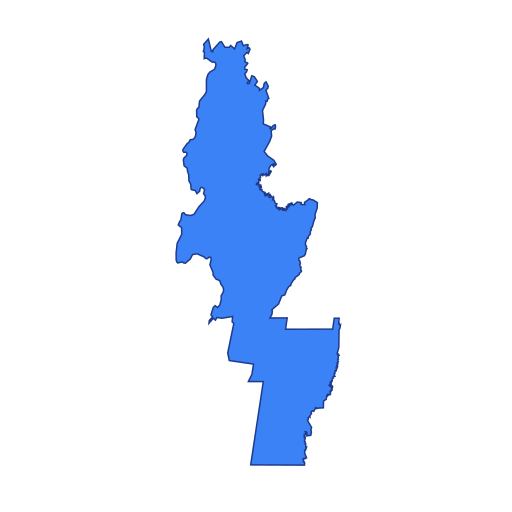 Kurmenes pag., Vecumnieku, Latvia, rotated 107°
{"feature_id": "27541924B36001401326835", "entity_name": "Kurmenes pag.", "entity_type": "district", "adm_level": 2, "iso_a3": "LVA", "parent_name": "Latvia", "parent_adm1": "Vecumnieku", "projection": "robinson", "projection_center": [24.833, 56.463], "detail": "fine", "context": "isolated", "style": "filled", "palette": "blue", "viewbox_px": 512, "rotation_deg": 107, "n_neighbors": 0, "source": "geoboundaries", "source_scale": "gbopen_adm2", "svg_char_len": 6110}
<svg xmlns="http://www.w3.org/2000/svg" viewBox="0 0 512 512"><g transform="rotate(107 256 256)"><path d="M457.3,200.0L441.8,148.5L440.0,148.8L438.8,149.6L439.1,150.2L438.2,150.9L437.0,150.8L437.0,151.3L436.1,151.7L435.3,150.6L435.4,149.7L434.2,148.7L430.7,151.5L427.6,152.7L427.3,151.9L424.1,151.8L424.5,152.4L421.1,153.6L421.4,154.0L419.2,154.8L419.3,155.5L416.0,155.6L414.9,156.1L415.6,156.7L415.2,156.9L412.4,157.6L412.1,156.8L412.7,156.7L411.9,156.1L410.5,156.9L410.1,156.2L409.7,157.5L409.3,156.9L409.3,156.6L411.6,155.1L413.2,154.9L411.5,151.2L408.2,151.5L405.8,152.8L403.7,152.7L398.2,158.7L397.0,158.2L395.2,158.8L394.1,158.0L394.4,157.3L393.0,157.7L390.3,156.9L389.3,157.8L387.6,156.9L387.7,155.4L384.7,154.7L384.1,153.5L384.0,154.8L383.6,154.8L383.7,153.3L381.5,147.2L374.9,149.0L372.5,146.9L369.1,147.5L369.1,146.7L368.3,146.4L367.5,146.8L368.2,147.4L367.3,147.1L367.0,146.8L367.6,146.0L367.2,144.8L366.1,144.3L365.4,144.9L364.2,144.9L364.1,145.6L362.5,145.1L362.8,144.5L361.9,144.0L360.1,144.7L359.0,144.3L358.2,144.9L359.5,145.4L357.3,146.4L359.0,146.8L358.3,148.3L355.5,147.2L355.3,148.0L354.1,147.7L353.8,147.3L354.4,146.8L352.9,146.6L352.4,147.1L350.5,146.9L350.0,146.3L349.4,147.0L348.2,146.3L347.9,145.4L346.6,146.8L345.4,146.5L345.9,145.8L344.0,146.8L343.2,146.2L342.4,146.7L342.1,145.7L341.4,146.1L340.1,145.7L339.6,146.6L338.9,145.8L338.0,146.3L337.8,145.7L337.2,146.0L337.4,146.7L336.0,146.6L335.6,146.1L334.7,146.4L334.6,147.2L333.1,146.3L331.6,147.6L330.8,147.0L330.1,147.7L328.6,147.6L328.0,148.4L327.3,148.4L326.7,147.5L325.7,148.5L326.0,149.7L325.5,149.9L319.1,150.1L302.3,155.0L300.2,154.6L297.2,155.1L297.7,155.4L297.6,156.0L296.1,156.7L296.4,157.2L291.2,158.3L292.6,163.0L303.5,161.3L317.4,206.3L306.1,208.1L311.2,224.6L307.4,223.7L303.7,224.3L302.9,225.2L295.3,220.4L286.6,219.7L284.8,217.1L279.3,216.7L275.6,215.7L273.8,214.1L273.0,214.5L268.1,213.2L266.7,212.2L265.1,212.2L261.1,209.3L259.8,209.4L257.6,208.1L256.8,208.2L256.2,209.2L253.4,209.7L253.4,210.4L251.7,211.7L250.4,211.3L247.6,212.9L247.3,213.8L245.4,214.4L241.8,210.0L239.9,209.4L235.3,209.8L234.1,209.4L233.8,210.2L232.0,210.5L231.2,211.8L228.8,212.6L224.2,212.3L223.5,212.0L223.6,211.4L221.8,211.6L219.1,210.5L216.6,211.2L214.9,210.8L213.4,211.5L211.6,210.7L204.2,210.9L202.5,210.4L199.1,211.7L192.1,211.5L187.0,212.9L185.7,217.6L186.0,220.7L185.5,221.2L186.2,222.4L187.4,222.7L190.5,225.3L192.6,224.2L193.5,228.0L191.7,228.4L192.3,232.3L196.6,235.2L195.9,236.3L196.2,236.7L195.5,236.8L196.9,237.9L195.4,238.1L196.4,238.8L199.4,239.0L198.8,239.6L196.7,239.7L197.1,240.3L199.5,240.3L199.5,241.1L199.9,241.5L200.6,241.2L200.5,240.6L201.1,240.0L201.9,240.1L201.6,240.8L203.5,240.7L202.8,241.4L204.1,242.3L202.7,241.9L202.3,242.9L202.9,243.3L204.1,242.6L204.5,243.8L203.7,244.8L202.4,244.4L202.2,244.8L203.5,245.8L202.0,246.0L204.5,246.9L203.1,247.7L203.4,248.3L204.6,248.3L204.2,249.3L203.0,248.7L203.1,249.6L204.0,249.9L202.3,252.0L201.9,251.3L199.9,251.3L200.0,252.6L199.4,253.5L197.4,254.8L197.2,255.8L195.9,256.0L196.9,256.6L194.5,256.9L195.2,257.4L194.6,258.7L195.9,259.6L195.9,260.8L195.1,261.1L193.6,259.8L193.0,260.6L193.6,261.8L192.2,262.3L193.4,263.4L194.7,263.1L195.5,264.3L193.0,264.7L195.0,265.4L193.3,266.6L193.2,265.9L192.6,265.9L192.3,269.1L190.8,269.7L191.3,271.8L189.9,271.8L189.1,270.8L186.7,272.2L186.9,272.7L189.9,272.8L186.3,274.3L187.6,275.9L187.5,276.6L186.4,276.7L184.8,274.8L182.3,275.9L182.6,274.1L181.5,274.3L181.0,275.5L179.4,274.6L177.5,275.6L175.9,274.3L177.1,273.7L177.2,273.0L175.5,272.8L176.1,271.9L175.9,271.2L174.1,270.7L174.3,270.0L176.3,269.5L174.4,268.3L175.5,268.0L175.3,267.2L170.6,266.2L170.2,266.8L173.1,268.2L168.1,269.1L164.9,268.3L162.8,266.3L162.7,265.6L163.5,265.2L164.5,266.5L165.4,265.2L163.7,265.0L164.0,264.4L162.4,263.4L159.2,267.0L157.0,273.9L153.7,278.8L142.3,276.4L136.7,276.1L131.7,278.2L128.9,275.8L129.1,275.0L126.8,275.0L125.0,275.9L125.0,276.4L127.2,278.2L129.9,279.0L130.0,280.0L128.3,280.1L127.5,287.7L123.9,288.5L115.0,292.3L107.7,291.2L104.9,292.0L104.8,290.6L102.5,290.6L101.6,289.8L94.6,295.0L92.3,293.8L90.1,293.9L86.5,297.3L88.4,298.6L92.8,298.2L96.6,301.1L94.7,301.7L92.9,307.1L88.9,305.7L88.2,306.2L85.1,309.9L84.8,312.7L93.0,312.9L93.6,314.6L93.1,315.0L90.4,314.0L88.4,317.5L85.1,320.0L82.7,318.9L80.4,318.9L80.6,321.1L79.0,322.1L74.3,320.2L73.9,320.5L73.5,323.5L71.2,323.8L68.2,326.3L63.9,324.2L64.6,322.6L60.0,322.2L58.8,323.7L60.3,325.1L56.4,325.3L56.4,326.4L58.6,329.6L54.7,332.7L57.4,336.5L64.2,337.0L62.1,341.8L64.2,342.6L65.5,346.7L61.1,351.8L62.0,353.2L71.7,357.6L73.3,357.1L73.5,358.5L62.4,365.0L68.9,368.0L71.6,366.4L75.9,366.1L76.1,364.9L82.4,363.3L81.2,361.1L83.4,354.8L82.7,352.1L83.6,350.8L85.7,350.0L89.7,350.3L93.7,354.0L96.8,355.1L101.8,355.0L113.2,351.5L116.1,352.0L124.4,355.3L130.6,354.1L132.1,355.2L133.9,355.4L140.2,353.4L141.2,351.1L142.4,350.6L152.9,351.2L155.7,349.3L159.6,348.9L162.7,350.0L164.0,352.9L167.0,353.5L168.6,354.7L175.1,356.9L176.6,356.9L178.0,355.5L177.2,353.2L178.1,351.8L180.3,351.8L183.4,353.6L185.3,353.6L190.8,351.1L192.2,347.4L194.8,346.4L198.0,344.1L203.8,342.1L206.3,339.5L211.2,337.5L211.5,336.6L211.1,333.3L213.6,330.7L210.5,328.8L208.3,329.2L206.8,328.8L206.2,327.8L206.5,326.1L207.8,324.6L211.8,324.3L213.4,322.1L215.3,321.4L218.6,321.6L225.6,325.0L234.3,327.5L236.5,330.7L237.1,335.8L235.9,337.1L235.8,337.8L236.3,338.8L237.3,339.3L243.4,338.4L245.7,339.2L249.1,339.4L250.6,335.5L256.9,333.4L267.0,335.1L276.4,333.3L283.1,331.2L284.9,330.0L285.5,328.7L283.3,324.9L283.8,323.0L283.5,321.4L278.2,318.0L273.2,317.1L271.1,313.0L272.0,305.6L273.2,302.9L272.6,301.6L270.7,300.5L270.5,298.9L272.3,297.9L277.9,297.5L284.2,292.3L286.7,291.5L289.9,287.3L289.9,285.0L290.5,283.2L293.0,281.5L295.5,278.4L297.7,277.1L300.2,276.8L304.3,277.7L307.9,276.5L313.4,276.3L316.5,277.7L315.4,280.5L317.5,281.8L325.1,281.9L326.1,281.4L326.3,280.1L327.3,279.8L331.3,281.8L334.0,281.3L328.1,278.7L329.2,276.0L326.3,275.5L325.4,270.2L320.7,260.7L325.9,259.6L327.0,257.5L357.0,254.7L363.8,251.0L360.1,226.8L370.3,225.3L378.3,226.6L374.0,212.3L457.3,200.0Z" fill="#3b82f6" stroke="#1e3a8a" stroke-width="1.5"/></g></svg>